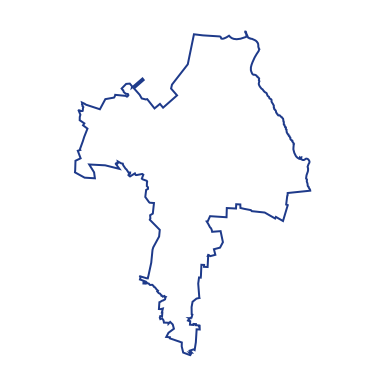 outline of Pitiquito, Sonora, Mexico, rotated 183°
{"feature_id": "50627088B68364674252683", "entity_name": "Pitiquito", "entity_type": "district", "adm_level": 2, "iso_a3": "MEX", "parent_name": "Mexico", "parent_adm1": "Sonora", "projection": "robinson", "projection_center": [-112.292, 30.097], "detail": "fine", "context": "isolated", "style": "outline", "palette": "blue", "viewbox_px": 384, "rotation_deg": 183, "n_neighbors": 0, "source": "geoboundaries", "source_scale": "gbopen_adm2", "svg_char_len": 5922}
<svg xmlns="http://www.w3.org/2000/svg" viewBox="0 0 384 384"><g transform="rotate(183 192 192)"><path d="M74.0,199.5L74.1,200.1L74.7,201.2L75.6,202.4L75.9,203.4L76.5,203.7L76.8,204.4L77.0,206.0L77.3,207.0L77.9,208.4L77.9,210.6L78.7,211.3L78.8,211.6L78.5,214.8L77.4,218.5L77.2,220.1L77.4,221.1L77.3,221.7L77.9,223.2L77.1,225.9L76.3,227.5L76.3,228.8L77.2,230.2L77.8,230.8L78.7,231.2L79.5,231.3L80.0,231.2L81.4,230.1L82.1,229.8L83.2,229.8L84.8,230.5L85.2,230.7L85.2,230.9L85.4,230.7L85.5,230.7L85.3,231.0L85.5,231.0L85.7,231.3L84.7,232.7L84.9,232.8L84.8,232.7L85.8,231.4L86.0,231.6L86.0,231.3L86.1,231.2L86.4,231.4L86.2,231.1L86.5,230.9L87.2,231.1L88.4,231.7L89.7,232.8L90.3,233.6L91.9,236.5L92.8,239.3L93.0,240.0L93.0,242.3L92.9,244.4L92.7,245.2L93.1,245.4L93.0,245.7L93.3,246.4L94.2,247.3L94.4,248.3L94.8,248.3L95.0,248.9L95.7,249.1L96.6,250.2L96.6,251.4L96.7,251.5L97.0,251.6L97.2,251.9L97.5,252.8L98.2,253.2L98.4,253.7L98.5,253.6L99.1,254.7L99.4,254.8L100.5,256.5L100.6,257.4L100.9,258.0L100.8,259.1L101.6,259.8L101.6,261.3L102.3,261.6L102.2,262.0L102.8,262.6L103.0,263.2L103.2,263.4L103.3,264.0L103.7,264.1L103.9,264.4L103.9,266.1L104.0,266.2L104.1,267.2L104.4,267.4L104.5,267.6L104.5,268.2L104.9,270.0L106.0,271.0L106.2,271.4L106.8,271.6L108.4,273.1L108.7,273.2L109.8,273.0L110.5,273.7L110.6,274.1L111.2,274.5L111.6,275.3L112.1,275.7L112.4,277.1L112.7,277.7L113.1,278.2L113.4,278.3L113.6,278.8L114.1,279.0L114.3,279.4L114.5,280.1L114.7,280.6L114.6,280.8L114.8,281.0L114.8,282.6L115.0,283.0L115.5,283.5L115.9,284.4L116.3,284.8L117.0,285.9L117.3,286.4L117.4,288.1L117.7,288.6L118.1,288.9L119.5,289.5L120.1,291.0L121.3,291.8L121.6,292.1L122.6,294.4L122.9,294.8L124.4,295.5L125.2,296.3L125.4,296.3L127.0,298.3L128.0,298.8L129.8,300.9L130.7,302.5L131.0,303.5L130.7,305.7L130.5,306.2L131.1,307.1L130.9,308.5L130.9,308.9L131.8,309.8L132.3,310.0L132.6,310.6L133.1,310.7L133.8,311.7L135.5,312.4L136.5,312.3L137.0,312.4L137.7,312.9L138.2,313.5L139.2,315.6L139.6,316.8L139.7,319.6L139.2,322.1L138.4,324.7L136.5,329.6L134.7,333.1L132.8,336.3L132.6,337.3L132.2,338.1L132.9,339.1L133.0,339.7L133.4,340.4L133.4,341.4L133.7,343.3L134.2,344.4L134.7,344.8L134.8,345.2L135.9,346.2L137.1,346.9L140.2,348.1L141.2,348.1L141.6,348.4L142.5,348.4L143.0,348.6L143.2,348.9L144.0,349.1L144.3,349.6L145.7,352.5L146.0,352.8L146.5,354.7L146.8,355.0L147.2,355.0L147.3,354.6L146.9,354.3L146.6,353.3L146.4,353.2L146.1,352.7L146.0,351.5L145.1,350.6L146.1,349.7L151.6,347.6L155.4,346.9L158.3,347.1L160.2,347.7L161.8,348.7L163.2,350.0L165.6,348.3L167.9,347.1L169.1,346.7L170.0,346.6L170.8,346.8L171.4,348.2L172.3,348.8L189.5,349.0L198.3,349.6L202.9,319.3L217.6,298.2L218.3,294.2L212.0,287.7L225.3,274.7L228.6,278.3L233.8,273.5L241.6,282.4L243.0,282.0L247.1,282.8L249.4,286.4L255.3,292.4L246.1,301.3L247.4,302.8L257.5,293.1L257.3,294.3L259.8,297.0L263.4,296.5L267.7,291.6L266.4,290.1L266.0,290.0L265.4,288.3L263.4,286.7L261.2,286.5L260.6,285.4L261.5,284.0L262.3,283.9L263.0,284.5L273.7,285.0L273.7,284.6L274.6,282.4L274.8,282.2L283.4,280.2L288.3,269.8L302.3,273.6L303.4,274.1L303.6,274.4L306.6,275.6L306.2,274.1L306.4,273.7L305.8,272.8L305.9,272.2L305.7,272.1L305.3,271.4L305.0,271.2L305.0,270.8L305.3,270.0L305.3,268.0L305.6,267.5L305.6,267.2L307.3,267.0L308.3,267.6L309.3,267.7L309.5,267.5L307.5,263.3L308.0,261.1L307.9,257.8L303.1,254.9L304.3,252.9L299.7,249.8L302.5,241.5L303.7,236.9L306.2,228.7L305.8,228.1L308.2,227.2L305.0,219.8L310.0,217.1L309.8,207.8L309.9,205.5L300.0,200.7L289.7,200.6L290.8,206.5L296.1,214.1L280.1,214.1L265.7,211.3L269.6,216.1L269.3,216.6L268.1,216.3L267.8,216.7L268.4,217.1L268.1,217.7L267.4,218.0L267.6,218.6L264.2,216.9L262.6,216.7L262.1,215.1L259.5,211.7L258.7,211.2L256.4,208.1L254.8,208.2L254.8,207.1L256.2,206.1L256.3,205.4L254.7,204.3L250.0,207.6L249.2,206.1L248.3,206.0L242.6,207.4L241.5,206.7L242.8,202.7L242.0,202.1L237.8,200.8L237.3,199.9L237.5,198.8L237.4,195.5L236.2,194.4L236.1,192.8L237.9,191.7L238.4,184.6L234.3,179.5L233.7,179.1L229.4,179.0L230.0,168.4L232.6,166.6L232.2,163.4L232.7,162.1L222.2,152.5L222.5,145.8L227.8,134.7L228.4,132.2L229.0,119.3L231.2,105.6L231.5,104.7L231.4,104.3L231.6,103.4L232.9,103.5L239.4,105.1L239.5,104.8L238.8,104.3L239.4,101.9L235.7,100.8L235.7,98.1L233.9,98.1L234.3,99.0L234.5,100.4L233.4,100.1L232.0,98.8L232.0,98.6L230.4,98.3L229.4,97.2L229.0,97.0L226.7,97.2L226.2,96.6L225.7,96.4L224.9,95.2L223.9,94.8L222.4,93.0L220.8,91.6L221.5,90.9L220.0,89.3L218.6,88.8L217.6,87.6L217.1,87.4L217.0,86.7L215.9,86.4L215.7,86.0L215.4,86.1L215.3,86.4L214.8,86.4L214.1,86.7L213.6,85.7L213.2,85.9L212.7,85.8L213.0,85.3L213.3,83.4L215.1,82.2L215.9,82.0L218.3,80.4L218.8,80.2L218.9,73.4L217.1,73.4L215.0,74.1L215.8,70.0L215.3,70.0L215.4,66.4L217.2,66.4L217.6,64.8L217.0,63.4L215.2,64.2L213.7,62.3L213.2,60.1L208.7,60.2L208.6,59.2L207.0,61.1L204.3,58.7L202.9,54.5L208.1,50.2L210.1,45.9L206.5,45.8L206.5,44.7L194.3,41.2L194.2,37.3L192.4,31.2L185.7,29.1L185.2,29.0L184.6,30.2L186.3,31.6L183.9,31.6L185.8,33.5L182.3,34.9L181.1,34.3L180.3,42.1L180.2,53.0L180.2,55.1L177.1,55.1L177.4,58.8L177.6,58.8L177.5,58.3L178.0,58.2L178.0,59.1L181.3,59.2L181.2,60.3L183.6,60.3L183.7,59.3L187.1,59.4L187.0,62.9L187.5,63.2L187.8,62.9L189.3,63.4L188.4,65.0L187.9,65.4L187.9,65.5L188.4,65.8L186.8,65.8L186.8,66.3L185.9,66.5L185.2,69.6L185.9,69.9L186.4,77.0L185.7,82.4L181.9,85.8L179.0,86.6L179.2,87.0L181.0,100.9L180.5,107.0L178.8,106.9L178.7,108.8L178.8,119.8L176.1,119.8L176.1,117.9L172.5,117.9L172.5,128.9L172.9,128.9L172.6,129.9L172.1,129.7L171.9,129.9L170.4,128.9L165.4,130.5L167.1,136.0L161.1,137.9L158.5,143.5L161.4,154.4L169.8,153.3L170.2,154.8L170.8,156.2L171.3,157.0L172.1,157.6L174.2,161.1L175.8,163.4L174.7,163.7L172.7,168.8L156.2,168.6L156.4,177.8L147.2,177.8L147.2,182.1L143.1,182.1L142.8,178.6L138.9,177.9L132.3,177.0L131.3,176.0L118.3,175.3L107.6,169.9L106.9,171.5L99.6,167.8L95.7,183.9L97.3,184.4L96.7,193.1L96.4,193.4L96.4,196.0L74.0,199.5Z" fill="none" stroke="#1e3a8a" stroke-width="2"/></g></svg>